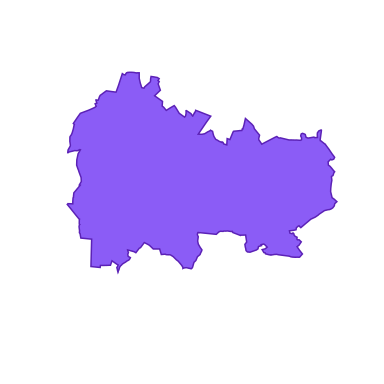 the district of Bēnes pag., Auces, Latvia, rotated 114°
{"feature_id": "27541924B36472446612292", "entity_name": "Bēnes pag.", "entity_type": "district", "adm_level": 2, "iso_a3": "LVA", "parent_name": "Latvia", "parent_adm1": "Auces", "projection": "albers", "projection_center": [23.066, 56.462], "detail": "fine", "context": "isolated", "style": "filled", "palette": "violet", "viewbox_px": 384, "rotation_deg": 114, "n_neighbors": 0, "source": "geoboundaries", "source_scale": "gbopen_adm2", "svg_char_len": 5698}
<svg xmlns="http://www.w3.org/2000/svg" viewBox="0 0 384 384"><g transform="rotate(114 192 192)"><path d="M94.1,89.6L94.1,90.3L92.7,95.6L92.8,95.7L92.4,96.1L90.3,96.7L83.1,98.8L82.8,99.0L82.9,99.4L84.6,101.0L86.9,101.5L88.4,101.0L91.2,99.6L92.4,101.9L92.4,102.4L92.2,102.9L95.3,107.5L95.6,108.3L95.6,109.8L95.6,110.1L93.4,111.9L93.3,112.8L93.4,114.8L94.4,115.8L95.5,115.7L96.6,115.5L97.9,114.0L98.5,113.7L99.7,113.2L99.9,113.3L100.7,114.0L102.2,118.1L102.5,118.6L104.0,122.3L104.2,122.7L105.1,124.8L105.1,125.2L106.6,133.3L107.0,133.7L107.3,134.9L107.3,135.2L106.8,137.1L108.1,138.3L116.1,144.7L119.9,147.7L117.1,152.2L116.0,152.8L112.6,153.4L108.9,160.7L106.8,162.6L105.7,164.9L103.1,173.1L109.4,171.8L113.8,171.2L113.9,171.7L115.6,171.5L115.9,172.2L116.5,173.4L117.1,174.3L119.5,178.6L119.7,178.8L120.8,178.9L128.7,178.7L128.8,180.7L128.9,181.6L134.8,179.4L135.2,182.5L134.1,183.8L134.0,184.9L134.6,184.9L134.6,186.8L134.6,187.4L134.6,188.2L134.3,189.9L134.3,191.6L133.9,192.3L132.2,194.7L130.1,196.5L128.3,197.8L128.2,197.9L128.1,199.7L128.3,200.0L128.1,200.2L129.3,200.9L130.5,202.0L133.6,204.1L134.8,205.8L135.2,206.3L136.1,208.5L136.6,209.8L127.1,208.1L122.2,207.2L115.1,205.7L115.8,220.6L115.9,221.8L116.1,221.7L118.7,221.8L118.7,222.0L122.3,222.2L122.4,222.3L121.1,224.4L120.8,224.8L119.9,230.2L120.1,230.5L122.6,229.4L125.1,228.8L126.6,229.2L126.2,231.3L125.3,235.7L121.2,241.6L120.3,243.4L124.0,246.1L127.9,248.7L126.2,252.1L125.9,253.0L125.6,254.2L121.2,255.8L119.3,265.3L111.9,262.3L107.0,266.9L104.4,266.9L104.1,268.4L101.8,268.1L101.5,270.3L101.9,271.8L102.3,273.5L103.1,276.4L105.6,275.8L107.2,275.1L108.2,274.9L108.6,275.0L115.2,278.0L116.7,278.1L117.1,280.4L114.7,282.5L113.6,283.5L109.7,286.4L104.6,288.7L105.4,290.5L105.8,290.9L105.8,291.4L106.0,291.8L106.3,293.3L106.8,294.8L107.8,297.3L108.7,299.0L108.8,298.9L109.6,300.2L110.5,300.5L111.0,300.6L112.0,300.5L112.2,300.8L112.4,301.7L112.5,302.2L112.2,303.8L124.6,302.5L131.6,302.0L131.8,302.4L134.4,311.4L141.1,315.2L142.8,315.3L144.7,315.1L146.4,315.2L146.7,316.0L146.7,316.5L146.9,317.2L147.1,317.2L149.5,315.1L150.8,316.4L152.7,314.4L153.9,315.0L154.5,315.4L156.9,317.5L159.5,319.9L165.5,326.0L170.4,327.0L177.7,328.3L178.2,326.9L179.0,326.9L182.6,326.1L186.1,325.6L187.3,325.5L188.8,325.5L190.7,325.9L191.4,325.9L195.4,324.2L198.6,322.2L199.1,322.0L199.6,321.9L203.6,322.3L204.1,322.3L206.6,321.5L206.5,321.2L205.5,320.6L205.3,320.4L203.0,317.4L201.8,315.9L201.7,315.5L201.2,314.2L201.0,313.8L200.6,313.2L200.2,312.8L199.1,312.0L198.9,311.8L198.8,311.4L198.8,311.1L203.4,311.6L209.5,310.3L214.4,308.3L217.3,305.6L218.0,304.8L219.6,303.4L223.9,299.2L227.4,297.4L231.4,297.8L231.3,296.9L240.8,299.6L244.2,298.5L245.2,298.1L245.7,298.3L249.0,297.1L251.3,296.1L253.1,300.6L253.3,300.6L254.1,300.9L256.5,296.1L257.5,294.2L260.4,288.6L262.5,284.4L262.6,284.0L262.6,283.7L263.3,283.6L266.6,282.2L267.1,281.9L267.2,281.6L267.3,281.3L267.6,281.4L268.0,281.5L269.6,281.1L270.6,280.5L273.1,279.0L275.0,278.3L275.1,278.2L275.5,277.4L279.0,275.0L279.3,274.8L275.9,264.5L301.2,254.0L298.3,245.2L296.3,245.8L295.2,243.2L293.1,238.8L292.6,237.9L292.1,236.7L287.4,237.1L288.2,233.1L288.6,231.0L288.7,229.8L290.1,229.7L291.2,229.9L291.7,229.7L291.8,229.8L293.1,228.7L294.0,228.1L295.5,226.9L295.4,226.9L294.3,227.2L293.7,227.2L292.9,227.1L290.5,227.5L288.8,227.3L288.1,227.0L287.5,226.7L286.5,226.4L286.0,226.2L284.2,225.0L283.1,224.2L281.6,223.4L279.8,222.0L278.8,221.7L277.7,221.6L277.0,221.6L276.8,224.1L274.9,225.4L273.2,225.4L271.6,227.0L271.1,227.3L270.1,220.7L270.3,218.6L264.8,217.3L263.8,216.4L257.6,215.0L257.8,211.1L258.0,209.2L259.8,204.2L257.2,198.4L261.6,194.6L259.7,191.2L259.8,190.8L259.6,189.6L258.2,186.3L258.7,182.8L260.3,178.7L260.8,176.5L262.7,172.6L263.2,171.6L264.3,170.0L265.0,169.4L265.5,169.2L264.9,168.7L264.0,167.4L263.3,166.1L263.2,165.4L263.0,164.2L262.6,162.5L262.6,162.0L262.3,161.3L261.9,161.2L261.1,160.9L260.3,160.9L255.5,161.6L253.0,160.6L248.9,160.7L245.9,159.2L244.6,159.3L241.7,159.2L240.8,159.4L239.4,161.8L237.1,165.0L234.5,166.9L230.3,168.1L228.9,169.7L228.0,170.0L226.7,170.1L226.5,169.2L226.3,169.3L220.8,152.6L217.7,151.3L216.3,150.1L215.3,147.5L215.0,147.3L214.6,146.8L214.5,146.5L214.3,146.0L214.3,145.9L213.1,143.6L212.7,142.0L212.1,139.9L211.6,139.4L212.3,138.4L212.2,138.1L212.4,138.0L212.0,130.2L211.7,130.2L211.2,129.0L209.5,125.5L215.5,121.7L218.3,122.4L220.5,121.0L222.0,119.8L223.3,119.0L223.6,118.7L224.2,117.1L224.2,116.9L223.4,114.6L223.3,114.4L218.8,109.6L217.1,108.6L214.8,109.1L212.7,106.7L212.0,107.5L211.0,106.2L210.4,105.3L210.4,105.1L210.4,104.6L210.5,104.2L211.8,100.9L214.1,102.0L214.6,102.6L216.1,104.5L218.1,101.7L217.8,100.5L218.6,99.7L218.0,96.1L217.5,94.1L217.4,94.0L217.2,94.2L216.6,92.8L215.7,91.6L214.5,89.3L214.2,87.6L212.6,82.2L211.1,77.2L211.0,76.2L211.0,75.3L210.6,73.8L209.6,71.1L208.5,68.9L208.2,68.0L207.8,67.2L203.7,65.9L201.3,70.4L199.2,73.8L197.1,72.6L193.1,71.9L192.1,74.7L192.8,76.3L192.2,77.1L190.6,77.6L190.6,78.3L190.4,80.2L190.0,81.0L188.7,82.0L188.3,83.1L189.4,83.6L189.7,85.9L187.8,87.2L185.9,83.9L184.2,81.6L182.2,82.1L180.2,81.2L179.3,80.5L179.9,79.3L180.3,78.1L168.5,72.4L164.8,69.2L161.9,67.4L160.5,66.8L155.1,63.4L152.9,60.6L152.3,59.5L152.0,59.1L151.0,58.1L150.0,57.4L149.1,56.9L148.6,56.8L147.0,56.4L146.1,56.5L145.1,56.8L144.5,56.8L141.9,55.7L140.7,59.2L140.2,61.7L135.3,65.5L132.3,66.7L128.0,68.1L124.4,69.0L121.7,70.6L121.0,70.9L119.6,69.9L116.6,70.2L115.5,69.9L114.7,71.7L113.9,73.2L112.4,76.3L112.2,77.2L112.0,78.3L109.1,79.9L105.7,78.6L105.9,77.7L105.7,77.2L104.4,75.9L102.3,75.8L101.6,77.0L100.3,79.4L97.5,83.9L97.4,84.0L96.4,85.8L95.9,86.7L95.4,87.6L94.3,89.5L94.1,89.6Z" fill="#8b5cf6" stroke="#5b21b6" stroke-width="1.5"/></g></svg>